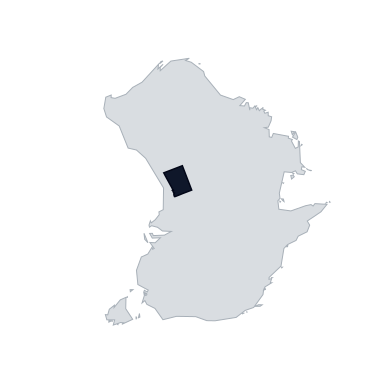 location of Maralinga Tjarutja, South Australia, Australia, rotated 69°
{"feature_id": "25037944B7661444660063", "entity_name": "Maralinga Tjarutja", "entity_type": "district", "adm_level": 2, "iso_a3": "AUS", "parent_name": "Australia", "parent_adm1": "South Australia", "projection": "mercator", "projection_center": [132.165, -29.44], "detail": "fine", "context": "in_parent", "style": "filled", "palette": "ink", "viewbox_px": 384, "rotation_deg": 69, "n_neighbors": 0, "source": "geoboundaries", "source_scale": "gbopen_adm2", "svg_char_len": 4547}
<svg xmlns="http://www.w3.org/2000/svg" viewBox="0 0 384 384"><g transform="rotate(69 192 192)"><path d="M256.7,78.7L260.4,94.8L265.1,94.0L270.4,98.8L271.3,108.7L274.5,112.2L275.3,121.5L277.6,126.4L293.1,135.5L299.3,150.6L301.1,151.4L301.4,148.7L304.8,151.4L305.3,150.1L306.7,157.8L308.8,160.1L313.2,162.5L321.9,175.8L321.6,184.8L324.9,195.7L320.5,216.6L317.4,224.3L309.7,233.2L302.5,251.1L300.8,264.9L287.4,268.3L280.7,274.4L276.5,274.9L277.7,278.4L271.2,273.3L272.1,272.1L271.7,270.9L270.5,270.8L268.3,273.0L266.7,271.7L269.3,269.6L267.9,268.0L259.0,275.7L245.2,271.9L234.5,262.6L234.1,255.5L229.2,249.1L231.3,249.3L231.2,247.5L224.0,249.4L226.2,244.6L223.4,237.9L220.8,245.6L215.5,246.4L216.4,243.8L218.8,243.8L222.4,233.2L221.4,225.4L217.8,233.6L212.6,236.8L209.0,241.8L209.6,244.3L207.5,244.0L204.0,241.2L206.2,241.1L204.7,236.2L201.4,230.7L198.7,230.0L198.2,225.2L178.0,217.1L143.9,223.2L132.9,228.8L128.1,235.9L104.3,236.3L91.3,244.9L82.5,244.4L72.6,238.5L72.5,232.7L74.9,233.7L77.0,230.2L77.1,218.6L73.1,209.9L71.6,199.3L60.7,177.4L64.9,179.7L62.4,173.2L64.2,177.0L67.4,178.2L62.2,164.8L66.2,146.6L66.9,150.9L70.6,146.2L83.7,138.0L88.3,138.5L111.7,130.7L120.5,120.4L120.0,113.7L124.6,109.0L128.5,116.4L130.5,112.2L128.0,109.3L128.8,107.5L136.4,108.7L134.0,108.0L135.6,105.1L134.2,102.5L138.3,102.2L136.8,100.3L140.2,100.0L139.1,97.3L142.0,94.2L142.2,96.0L144.6,95.8L144.8,92.3L148.1,93.5L150.3,90.7L153.9,92.7L158.8,97.5L157.9,101.4L161.3,97.7L168.2,100.1L169.6,98.0L166.5,95.1L174.6,81.9L176.2,82.8L179.0,79.5L180.0,80.9L188.3,79.9L188.0,76.7L182.5,74.4L183.4,73.6L203.4,80.3L209.3,77.9L207.8,80.4L210.3,81.9L213.3,78.8L215.9,81.4L212.8,87.2L209.3,87.8L209.5,92.0L206.2,98.7L224.4,110.9L229.4,112.1L231.0,115.0L239.2,117.1L245.1,106.5L245.5,91.1L246.4,85.4L248.5,84.0L246.9,81.4L251.9,70.4L256.7,78.7ZM266.7,291.4L277.2,295.7L289.6,293.0L290.4,304.9L289.6,302.7L288.3,305.3L288.0,313.2L283.6,310.0L280.8,317.3L275.4,316.8L276.5,314.7L271.8,311.2L269.9,305.0L271.9,306.1L267.0,297.6L266.7,291.4ZM173.1,73.7L178.8,73.6L180.6,75.3L176.8,78.5L173.1,73.7ZM213.3,251.6L223.6,251.3L219.2,253.1L213.3,251.6ZM214.4,91.1L215.6,94.4L212.0,93.9L212.5,91.5L214.4,91.1ZM321.3,174.3L321.1,170.2L322.5,166.9L323.1,169.3L321.3,174.3ZM286.6,284.6L290.1,285.5L290.2,287.1L286.6,284.6ZM172.5,74.6L174.5,77.8L170.8,77.6L172.5,74.6ZM263.0,285.3L261.0,284.8L262.0,282.1L263.0,285.3ZM233.9,109.5L232.2,110.5L230.4,111.0L231.3,109.2L233.9,109.5ZM60.7,176.5L59.2,174.5L59.1,172.7L59.4,172.6L60.7,176.5ZM289.5,288.7L290.8,289.8L288.2,288.9L289.5,288.7ZM308.0,158.3L309.3,158.3L309.3,160.1L308.0,158.3ZM275.7,121.4L277.3,122.4L277.1,123.0L275.7,121.4ZM283.5,314.3L283.7,316.3L282.3,315.7L283.5,314.3ZM323.7,186.4L323.8,188.6L323.6,188.6L323.7,186.4ZM187.7,73.5L186.8,72.6L187.4,72.2L187.7,73.5ZM214.6,73.7L213.2,75.3L214.9,72.5L214.6,73.7ZM323.9,183.7L323.2,184.4L323.7,183.6L323.9,183.7ZM216.7,103.7L215.9,104.0L216.4,103.2L216.7,103.7ZM211.6,91.0L210.6,91.2L211.2,90.2L211.6,91.0ZM75.4,138.1L75.1,139.5L74.6,139.4L75.4,138.1ZM250.3,69.7L250.2,70.8L249.8,70.0L250.3,69.7ZM270.5,271.5L270.8,272.3L270.4,272.1L270.5,271.5ZM212.8,75.8L210.9,76.9L212.9,75.5L212.8,75.8ZM139.2,95.7L138.5,96.4L138.9,95.5L139.2,95.7ZM284.2,312.9L283.6,313.3L283.9,312.6L284.2,312.9ZM233.1,113.4L232.0,113.4L232.6,112.7L233.1,113.4ZM135.3,101.6L134.8,102.1L134.7,101.0L135.3,101.6ZM289.3,308.7L288.4,309.3L288.6,308.2L289.3,308.7ZM250.9,66.7L250.8,67.4L250.2,67.1L250.9,66.7ZM270.0,272.7L270.9,273.5L269.4,273.2L270.0,272.7ZM295.0,135.4L294.3,135.4L294.6,134.5L295.0,135.4ZM300.8,148.5L300.4,148.5L300.7,147.8L300.8,148.5ZM267.2,290.0L266.9,290.7L266.7,289.8L267.2,290.0Z" fill="#d9dde1" stroke="#a8b0b8" stroke-width="1"/><path d="M164.0,191.6L164.0,198.4L164.0,208.0L164.0,211.5L164.7,211.4L167.4,211.1L168.8,210.9L169.8,210.8L173.1,210.3L173.1,210.2L173.3,210.2L173.3,210.3L177.0,209.8L179.1,209.5L180.4,209.3L181.1,209.2L182.1,209.2L182.3,209.2L182.6,209.1L182.8,209.2L183.0,209.2L183.2,209.3L183.3,209.3L183.5,209.3L183.5,209.2L183.6,209.3L183.7,209.2L183.7,209.3L183.8,209.2L184.0,209.3L184.3,209.3L184.5,209.3L184.6,209.5L184.8,209.5L185.0,209.5L185.3,209.5L185.5,209.4L185.8,209.4L186.0,209.4L186.3,209.4L186.5,209.3L186.8,209.4L187.0,209.4L187.2,209.5L187.2,209.4L187.3,209.5L187.5,209.5L187.8,209.6L188.0,209.6L188.3,209.8L188.5,209.8L188.8,209.8L189.0,209.9L189.0,210.0L189.3,210.0L189.5,210.0L189.8,210.0L190.0,210.0L190.2,209.4L190.2,206.3L190.2,205.7L190.1,201.6L190.1,191.6L183.6,191.6L177.1,191.6L164.0,191.6Z" fill="#0f172a" stroke="#020617" stroke-width="1.5"/></g></svg>